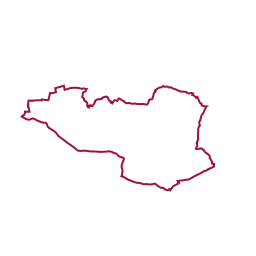 the district of Topliceni, Buzau, Romania, rotated 140°
{"feature_id": "2599482B88464222804785", "entity_name": "Topliceni", "entity_type": "district", "adm_level": 2, "iso_a3": "ROU", "parent_name": "Romania", "parent_adm1": "Buzau", "projection": "equal_earth", "projection_center": [26.955, 45.438], "detail": "fine", "context": "isolated", "style": "outline", "palette": "rose", "viewbox_px": 256, "rotation_deg": 140, "n_neighbors": 0, "source": "geoboundaries", "source_scale": "gbopen_adm2", "svg_char_len": 5529}
<svg xmlns="http://www.w3.org/2000/svg" viewBox="0 0 256 256"><g transform="rotate(140 128 128)"><path d="M190.0,209.9L189.9,209.5L190.1,209.3L189.9,209.3L191.2,207.4L192.2,205.1L192.9,203.8L194.5,204.9L195.3,205.7L196.4,206.8L197.9,205.2L198.3,205.1L199.5,204.8L200.7,205.3L202.1,205.0L201.3,203.0L200.3,200.2L198.4,197.9L194.9,196.6L193.8,195.1L192.9,192.3L192.0,190.7L191.1,188.9L189.5,186.5L187.9,185.2L187.5,184.0L188.1,181.8L188.7,180.6L188.4,178.7L186.9,174.1L186.2,171.5L186.2,170.9L186.4,167.8L186.4,166.8L186.1,164.8L184.9,160.2L183.7,154.3L182.9,152.0L181.6,146.5L181.2,143.4L179.5,141.3L175.2,138.0L173.3,135.8L171.5,133.9L168.6,131.4L165.5,128.4L164.2,127.1L159.4,123.6L158.3,123.0L156.6,121.3L155.7,120.2L155.6,119.3L153.4,115.8L153.2,112.1L152.1,110.4L150.6,107.6L150.9,107.0L156.4,103.8L157.0,103.3L157.4,102.7L158.1,102.0L158.4,101.5L158.9,100.1L159.8,98.7L162.3,96.3L163.0,95.8L162.9,95.7L163.0,95.5L164.0,95.2L162.6,92.8L161.8,90.1L161.5,89.2L161.1,88.5L158.8,84.1L157.7,82.3L156.8,80.8L155.9,79.9L153.7,77.4L152.0,74.7L149.8,73.2L149.2,72.3L147.8,70.9L146.6,70.1L145.8,69.3L143.8,68.6L143.4,68.3L142.9,67.4L142.5,64.7L142.0,63.6L141.5,61.6L141.4,61.3L139.4,59.6L139.5,58.2L139.3,57.6L138.2,55.5L137.8,55.1L137.1,54.7L136.8,54.6L135.5,54.6L135.4,54.5L135.3,54.4L135.3,54.1L135.6,53.2L131.5,54.2L130.8,54.3L129.1,54.0L127.2,53.5L124.3,53.0L124.2,53.4L124.4,53.7L124.4,54.1L124.6,54.3L124.6,54.5L124.4,54.5L124.3,54.8L124.0,55.1L123.9,55.5L119.0,52.2L115.6,50.3L114.2,49.4L109.0,48.5L106.2,47.9L101.3,46.6L100.1,46.4L99.7,46.5L98.8,46.2L97.3,46.1L96.5,45.7L95.9,45.2L93.4,44.8L92.5,44.5L92.5,44.8L91.5,44.6L91.0,44.4L90.1,43.9L88.1,43.5L87.0,43.1L86.8,43.2L86.7,43.3L86.5,43.9L86.4,44.0L86.2,44.2L86.2,44.8L85.9,45.0L85.5,45.0L85.1,45.2L85.2,45.5L85.4,45.8L85.9,45.8L86.2,46.3L86.5,46.7L86.4,46.8L85.6,48.0L85.3,48.1L85.3,48.3L85.2,48.6L85.2,49.8L84.8,51.2L84.6,51.4L84.5,51.9L84.7,52.5L83.9,53.2L83.5,53.8L83.4,54.9L83.5,55.7L83.6,56.2L83.5,56.3L83.7,56.8L83.7,57.5L83.9,57.9L84.0,58.1L84.3,58.3L84.4,61.0L84.4,61.8L84.2,62.3L84.3,62.3L84.7,64.1L84.7,65.2L86.8,66.3L88.9,67.8L89.3,68.6L87.5,69.4L86.2,70.1L85.9,70.4L85.7,71.0L85.4,71.6L84.9,71.9L85.1,72.3L84.8,72.6L84.2,72.8L83.8,73.1L83.5,73.1L82.4,73.8L81.8,74.0L81.3,74.3L81.2,74.9L80.4,75.5L80.2,75.8L80.1,76.4L79.9,76.7L78.6,77.7L78.3,78.1L77.4,79.4L77.2,79.7L76.4,80.1L76.1,80.5L75.7,80.9L75.3,81.7L74.8,82.3L73.9,82.8L73.1,83.2L72.3,83.6L71.7,83.8L71.4,83.7L71.4,84.1L70.7,84.9L70.6,85.3L70.2,85.9L70.0,86.4L69.6,86.9L69.1,87.0L68.4,87.3L67.8,87.3L66.8,88.3L65.7,88.8L64.8,89.6L64.0,90.0L63.0,90.6L62.7,90.7L61.8,90.8L61.3,91.0L60.4,91.2L57.9,92.5L56.9,92.8L56.0,93.3L55.5,93.4L54.5,94.0L53.9,94.0L54.5,94.6L55.1,94.8L55.5,95.6L56.2,96.3L56.8,97.5L56.9,97.8L56.9,98.2L56.1,99.2L56.1,99.3L56.1,99.5L56.6,100.4L56.7,100.7L56.4,101.7L56.3,102.6L55.7,104.5L55.5,105.5L54.9,106.8L54.9,107.3L56.4,107.4L56.2,107.9L56.3,108.5L56.9,111.1L57.5,112.0L56.0,112.7L56.5,113.2L56.8,113.7L56.9,114.1L57.2,114.4L59.1,115.2L59.6,115.8L59.8,116.3L60.2,117.0L60.3,117.2L60.1,117.8L60.6,118.5L60.7,118.8L61.4,119.4L62.0,120.2L63.8,121.5L64.3,122.1L64.5,122.8L64.9,123.1L65.1,123.9L65.5,124.4L65.7,125.0L65.9,125.3L66.4,126.5L67.0,127.6L67.4,128.0L67.5,128.3L68.1,129.1L68.7,130.8L68.8,131.5L69.5,131.9L70.1,132.4L70.4,132.5L70.5,132.6L70.8,133.0L70.8,133.4L71.1,134.3L71.5,134.6L72.5,135.4L73.9,136.6L74.1,137.5L75.6,137.7L76.8,138.0L78.1,138.8L79.0,138.9L79.4,139.1L80.0,139.2L81.0,139.3L81.6,139.0L81.9,139.2L83.3,139.4L83.5,138.8L83.5,138.3L84.1,138.0L84.7,138.2L85.5,138.1L86.0,137.9L86.1,137.6L87.3,137.0L87.7,136.5L88.7,135.9L89.6,135.5L90.4,134.7L90.9,134.6L91.5,134.8L92.2,135.3L92.6,135.6L93.5,135.9L94.3,135.3L94.8,135.2L95.0,135.0L96.1,134.2L98.1,133.6L98.6,133.8L99.4,134.9L100.2,135.6L100.9,136.6L101.3,137.0L103.0,138.1L103.5,138.8L103.8,139.0L105.1,140.1L105.7,140.6L107.4,142.7L108.3,143.3L109.0,143.6L110.0,144.9L110.3,145.5L111.3,146.6L113.0,147.8L113.3,148.1L113.5,148.5L114.0,150.2L114.0,150.3L113.9,150.5L114.1,151.6L114.6,152.4L114.9,153.5L115.0,153.9L115.1,154.1L115.2,154.8L116.0,156.5L116.5,156.5L116.7,156.4L117.9,155.9L119.0,155.7L119.5,157.1L119.8,157.5L121.0,158.0L123.8,157.1L124.4,156.9L124.7,157.9L124.9,158.7L124.0,159.1L124.8,161.1L124.8,161.3L124.5,161.8L124.3,163.1L123.8,164.9L124.7,166.3L127.8,167.6L128.0,167.6L128.9,167.1L129.3,167.4L130.3,167.7L130.7,167.7L131.3,168.4L132.4,169.3L132.7,169.3L132.9,169.3L133.5,169.7L133.8,169.6L134.6,169.9L135.9,170.0L136.1,169.9L136.4,169.3L136.7,169.0L138.9,168.3L138.9,168.2L140.1,168.0L140.7,167.7L141.6,168.0L141.8,168.3L142.2,168.6L142.1,168.8L142.4,168.9L142.3,169.0L142.6,169.1L142.7,169.3L142.6,169.5L142.9,169.8L142.8,170.0L143.6,170.3L144.0,170.4L144.3,170.3L144.4,170.0L144.4,169.5L144.7,169.6L144.9,169.5L145.0,169.2L145.3,169.6L145.1,171.1L144.8,171.3L144.5,171.8L143.2,173.2L143.2,174.1L143.1,174.8L143.0,175.1L143.4,175.3L143.8,177.6L143.6,177.9L142.8,178.6L142.9,179.1L143.1,181.2L140.6,183.1L140.1,183.6L139.4,184.1L139.0,184.1L137.1,183.4L136.9,183.4L136.4,183.5L135.6,184.1L134.6,184.4L136.8,187.1L137.7,187.3L138.2,187.7L139.9,190.1L141.9,192.2L145.1,194.8L146.0,195.3L152.0,198.0L149.9,201.6L158.1,205.2L160.2,201.8L164.1,203.6L164.6,204.1L165.2,204.9L171.1,200.5L173.8,203.2L175.6,205.3L175.7,205.2L176.3,204.7L177.4,205.7L182.0,209.3L183.7,210.3L183.9,210.5L184.2,210.7L184.3,210.6L184.5,210.8L184.4,211.0L184.9,211.3L185.1,211.7L186.5,212.9L186.9,212.5L187.7,212.1L188.0,211.6L188.6,211.0L189.3,210.5L190.0,209.9Z" fill="none" stroke="#9f1239" stroke-width="2"/></g></svg>